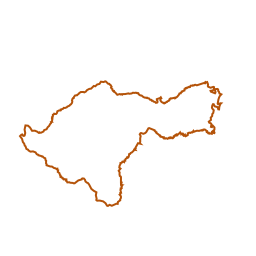 outline of Tuluá, Valle del Cauca, Colombia, rotated 147°
{"feature_id": "7082276B54316712133185", "entity_name": "Tuluá", "entity_type": "district", "adm_level": 2, "iso_a3": "COL", "parent_name": "Colombia", "parent_adm1": "Valle del Cauca", "projection": "albers", "projection_center": [-76.017, 4.037], "detail": "fine", "context": "isolated", "style": "outline", "palette": "amber", "viewbox_px": 256, "rotation_deg": 147, "n_neighbors": 0, "source": "geoboundaries", "source_scale": "gbopen_adm2", "svg_char_len": 5801}
<svg xmlns="http://www.w3.org/2000/svg" viewBox="0 0 256 256"><g transform="rotate(147 128 128)"><path d="M58.0,77.0L58.1,78.4L56.3,79.7L55.2,81.4L55.6,83.7L57.1,83.0L57.8,83.8L56.3,85.3L55.9,86.1L56.0,86.8L57.0,88.3L56.8,89.3L54.0,89.6L53.0,91.6L50.9,92.2L49.7,93.8L48.3,94.2L46.4,96.2L46.7,98.5L46.5,99.4L45.1,100.9L43.8,101.7L43.2,101.3L43.5,99.0L41.5,96.7L42.1,94.5L41.5,94.0L39.9,96.0L37.6,97.8L36.5,98.0L37.0,98.4L39.5,99.0L39.5,99.6L36.7,102.6L35.1,103.9L33.7,104.8L31.4,105.4L32.5,107.1L32.0,108.8L32.2,109.9L31.4,111.3L31.8,112.1L34.3,113.4L34.8,111.0L35.4,110.0L36.1,109.7L38.7,113.4L38.5,114.2L36.6,113.4L35.1,113.4L33.6,115.4L34.0,116.0L36.8,116.8L38.3,119.0L38.2,119.7L37.1,121.0L36.6,123.4L37.9,123.6L37.9,124.3L39.2,124.3L39.3,123.8L40.2,124.5L47.0,126.3L48.0,127.6L48.8,127.9L49.6,127.8L50.4,128.5L50.8,128.3L52.2,129.3L53.0,129.2L53.7,128.6L54.6,129.0L54.8,129.4L56.4,129.4L56.4,129.7L57.9,130.1L58.1,129.6L59.5,129.8L60.2,128.7L62.8,129.3L62.9,128.9L64.6,128.9L64.9,128.4L66.2,128.9L66.9,128.3L69.7,127.4L72.1,127.3L71.9,127.8L76.0,129.3L76.0,129.6L76.4,129.7L77.7,129.5L78.0,128.8L78.7,128.6L80.6,128.9L81.1,128.6L81.6,128.9L83.2,128.7L83.9,129.4L84.4,129.1L85.7,131.6L85.8,133.5L84.7,134.9L83.9,134.8L83.8,135.9L84.8,135.7L88.1,136.5L88.6,135.7L88.6,134.5L89.2,133.6L89.6,133.4L90.9,133.9L91.2,135.2L92.2,136.2L92.5,137.6L93.2,137.9L93.2,139.0L94.1,139.7L94.3,141.4L95.1,142.1L95.3,142.8L95.9,142.9L96.3,143.7L97.1,144.0L98.2,145.5L98.9,147.8L99.9,148.6L100.6,150.2L100.4,151.6L101.2,152.0L101.3,152.5L101.9,152.8L102.1,153.3L103.8,154.1L104.6,154.9L106.2,155.0L108.4,156.1L108.8,156.8L112.1,158.1L113.7,159.2L114.6,159.1L114.8,159.8L115.8,160.0L116.3,160.9L118.9,161.7L119.4,165.0L120.0,165.9L119.6,166.7L120.3,167.1L120.4,168.1L119.9,169.0L120.3,170.2L120.2,171.2L119.3,171.5L119.2,173.5L119.7,174.3L119.6,175.2L120.5,175.8L121.3,179.2L121.8,179.6L123.4,179.8L125.5,181.6L127.9,180.5L130.2,181.3L132.7,180.8L133.8,181.9L137.5,181.1L139.2,181.9L141.7,182.1L143.6,181.5L145.3,181.7L145.9,182.6L148.1,183.9L150.1,183.8L151.1,183.4L152.4,183.5L152.8,183.2L154.7,184.1L156.4,183.5L157.2,182.7L157.8,183.0L158.1,182.7L158.7,182.7L160.0,181.6L160.1,180.8L161.2,179.6L163.0,178.9L163.8,179.0L164.9,178.6L167.3,179.0L168.0,178.7L169.9,179.1L170.9,179.9L172.1,179.5L174.2,180.1L174.3,179.6L174.9,179.4L176.4,180.3L178.2,180.5L179.2,179.4L180.5,178.9L182.1,179.8L182.2,180.2L183.3,179.8L183.8,180.0L184.8,178.6L185.7,178.5L185.8,177.6L186.5,177.6L186.9,176.9L186.8,176.4L188.1,175.1L189.0,175.0L188.8,174.6L189.2,174.7L189.9,174.0L191.3,173.7L193.0,172.7L194.9,172.4L197.0,171.3L199.4,171.9L200.8,171.1L203.4,171.4L204.3,171.9L204.5,172.4L205.0,172.2L205.5,172.5L206.1,174.3L207.6,176.5L210.0,177.9L209.9,181.8L210.6,184.4L212.6,186.0L215.6,183.0L216.9,179.8L218.8,178.0L219.4,178.0L220.1,178.4L220.2,180.2L221.1,180.4L223.0,180.0L222.8,176.5L223.8,173.5L223.6,171.4L224.2,169.5L223.9,168.5L224.6,165.8L223.6,164.2L223.7,163.4L222.7,161.3L220.4,160.1L218.8,157.9L218.8,155.7L217.8,154.4L218.0,153.9L216.0,151.7L215.7,150.9L215.1,150.7L214.8,149.0L213.9,147.7L214.7,145.7L214.5,145.1L216.0,143.0L216.0,141.9L216.6,141.1L214.2,138.1L212.8,137.1L211.8,134.7L210.7,133.6L210.3,132.5L209.4,132.3L210.1,130.6L209.8,130.4L210.8,129.4L210.1,127.6L210.7,125.4L210.5,125.1L210.9,124.5L210.6,124.0L211.1,123.6L210.6,123.2L210.8,122.9L210.4,122.1L210.0,121.8L210.3,121.1L209.7,120.5L209.9,119.9L208.7,119.4L208.6,118.7L207.7,118.4L208.0,117.8L208.6,118.0L208.8,117.7L208.4,116.3L208.5,115.4L206.7,114.4L206.3,113.6L204.2,112.0L203.5,111.0L202.8,110.7L198.2,111.1L194.8,110.1L194.3,110.6L193.6,110.5L192.5,109.6L192.3,107.9L192.8,106.3L192.2,104.5L191.6,103.7L191.4,101.9L191.9,96.9L190.9,93.9L189.5,91.3L191.6,89.1L192.8,85.8L193.8,84.9L193.5,83.9L191.2,82.5L188.8,80.0L187.8,77.2L187.9,74.3L187.3,73.6L185.3,73.6L183.9,71.6L178.8,70.8L178.0,70.0L176.6,71.5L173.9,71.6L173.5,72.4L172.2,73.1L171.4,74.0L171.1,75.1L171.3,76.4L170.8,76.3L170.0,77.7L169.1,77.4L168.1,80.2L167.1,80.6L167.0,81.3L165.9,81.1L165.7,81.9L164.9,82.5L165.0,83.1L164.1,83.2L164.6,83.6L164.1,84.1L164.6,84.5L163.8,85.8L163.0,86.0L163.3,86.6L160.8,90.4L160.5,91.2L161.0,92.2L160.3,93.9L159.2,95.3L159.1,97.2L156.4,98.0L156.9,99.5L155.7,100.9L153.9,101.9L153.5,102.7L152.2,102.3L151.1,102.8L150.9,102.3L149.9,102.1L149.7,101.6L148.8,102.6L148.1,102.1L147.6,102.9L146.7,103.4L145.5,103.3L144.7,104.0L144.4,103.9L144.3,103.2L143.9,103.1L143.0,103.6L141.2,105.5L140.4,105.1L139.4,105.6L138.0,105.4L135.1,106.0L134.7,106.5L133.7,105.6L133.7,106.4L133.3,106.9L132.6,106.8L132.4,107.4L127.9,109.8L126.2,108.1L126.4,109.0L125.3,109.7L123.4,112.7L121.8,114.3L121.6,116.3L120.4,116.8L119.8,116.7L118.3,114.8L116.5,114.4L115.0,114.6L111.1,116.6L110.3,116.4L106.9,111.6L107.2,111.0L106.7,110.0L106.9,109.6L106.5,108.9L106.9,108.6L106.8,108.1L105.8,105.7L105.7,104.7L105.2,104.5L105.1,103.8L105.4,103.6L105.1,103.0L105.3,102.8L103.7,101.4L103.8,100.9L103.0,100.6L103.5,99.6L102.5,98.8L101.7,98.8L100.6,97.3L99.3,97.6L98.7,96.8L98.1,97.3L97.4,97.0L97.6,96.4L96.4,96.0L96.5,95.3L96.0,95.0L94.3,95.4L94.0,96.2L92.9,96.2L92.5,95.8L92.2,96.3L91.3,96.3L91.5,95.4L90.7,95.0L90.0,95.8L89.2,95.3L86.8,95.9L87.0,95.2L86.5,94.6L86.7,94.0L86.2,94.1L86.1,93.6L85.4,93.6L85.3,93.1L85.0,93.1L85.0,92.6L85.7,92.1L85.5,91.0L85.0,90.8L84.8,91.5L84.1,91.9L84.5,91.5L83.9,91.4L84.4,90.5L84.2,89.7L82.1,89.5L82.1,89.9L80.7,90.4L80.6,91.0L79.2,90.8L78.2,89.8L77.1,89.9L76.5,89.2L75.5,89.2L75.3,89.5L75.0,89.2L74.6,89.6L74.5,88.9L71.7,88.2L70.0,86.9L67.4,86.1L67.4,85.6L66.7,85.2L65.8,85.6L65.5,85.2L64.9,85.3L64.0,84.3L63.9,82.6L63.3,82.3L63.3,81.8L64.0,81.4L63.6,81.0L63.6,80.0L63.0,79.8L63.2,79.5L63.0,79.0L62.0,78.7L60.9,77.5L59.7,79.1L58.9,79.2L59.2,78.6L58.4,78.0L58.8,77.8L58.9,77.2L58.4,76.7L58.0,77.0Z" fill="none" stroke="#b45309" stroke-width="2"/></g></svg>